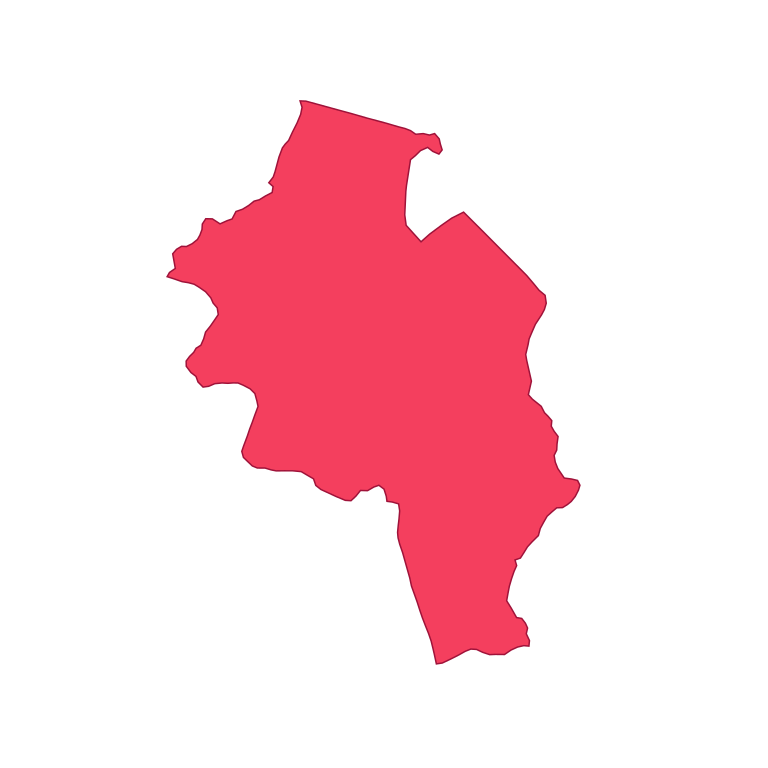 outline of Duque de Caxias, Rio de Janeiro, Brazil, rotated 341°
{"feature_id": "56859067B40218496902561", "entity_name": "Duque de Caxias", "entity_type": "district", "adm_level": 2, "iso_a3": "BRA", "parent_name": "Brazil", "parent_adm1": "Rio de Janeiro", "projection": "mercator", "projection_center": [-43.309, -22.642], "detail": "fine", "context": "isolated", "style": "filled", "palette": "rose", "viewbox_px": 768, "rotation_deg": 341, "n_neighbors": 0, "source": "geoboundaries", "source_scale": "gbopen_adm2", "svg_char_len": 2988}
<svg xmlns="http://www.w3.org/2000/svg" viewBox="0 0 768 768"><g transform="rotate(341 384 384)"><path d="M344.2,583.9L344.4,600.8L344.2,610.0L344.2,618.0L344.5,626.3L344.9,634.4L344.9,642.4L344.2,650.0L343.6,655.7L342.4,665.7L348.3,666.8L358.0,665.7L366.6,664.5L373.8,663.2L379.8,662.9L385.1,665.1L389.9,669.8L395.8,674.3L401.2,675.9L409.9,679.0L417.5,676.9L424.7,676.2L431.0,676.9L435.7,679.0L438.0,674.0L437.2,666.5L440.3,661.5L439.8,656.2L437.9,650.5L433.3,648.0L431.3,637.2L429.4,628.9L433.3,621.9L436.7,616.0L441.3,609.5L445.9,603.6L450.3,598.9L450.6,593.0L456.3,593.0L461.5,588.9L466.6,584.7L472.7,581.4L480.6,577.6L484.7,571.5L489.8,566.8L495.2,562.1L501.1,559.6L507.0,557.3L512.6,559.0L518.5,557.6L522.8,556.0L528.2,552.6L533.3,547.7L536.3,543.5L535.6,538.2L530.4,534.9L523.8,531.6L520.8,520.5L520.5,513.6L521.6,506.9L525.8,502.7L528.1,497.0L531.5,490.3L529.5,484.2L528.4,478.4L530.7,473.3L528.6,467.9L526.4,463.4L525.4,456.3L519.3,446.6L517.0,441.1L524.3,429.3L526.6,408.3L527.6,402.2L533.1,393.6L535.9,388.6L540.0,384.0L546.6,376.8L555.5,369.9L559.9,365.8L563.7,360.5L565.2,352.6L561.1,345.8L558.1,337.7L554.3,328.0L551.1,321.3L547.1,313.1L528.4,274.4L515.2,247.4L502.1,249.2L489.9,252.7L476.1,257.1L465.3,261.6L456.6,241.2L458.7,230.8L467.4,208.9L469.9,203.6L482.1,180.5L488.0,178.3L494.5,175.2L502.3,174.5L505.9,180.0L510.8,184.5L515.2,181.6L515.4,175.5L516.0,170.2L513.4,163.7L508.0,163.4L502.6,160.0L495.3,158.2L491.6,153.1L487.1,149.3L481.2,145.4L471.5,138.5L454.3,126.9L440.8,117.4L431.5,111.1L402.2,91.1L396.8,89.0L396.6,95.7L393.0,101.9L386.8,108.9L379.5,116.0L373.1,122.7L368.7,125.0L364.8,127.7L358.6,135.2L350.1,147.8L346.7,152.2L340.6,156.2L343.4,161.2L340.6,166.5L333.2,167.6L326.1,169.2L320.7,168.8L314.3,171.1L307.1,172.7L300.2,172.7L294.1,178.5L288.8,178.5L281.1,179.2L275.5,172.0L269.3,169.7L264.3,173.6L262.2,178.7L258.4,183.3L254.7,186.6L248.3,188.9L242.0,189.7L237.4,187.9L231.7,189.1L226.6,192.1L224.3,206.8L217.5,208.7L213.9,211.9L219.8,216.3L226.4,221.5L232.0,224.5L236.9,227.8L240.2,231.7L245.3,238.6L248.3,246.1L248.8,252.0L251.1,257.7L249.9,264.4L245.1,268.0L238.7,272.7L232.2,276.8L228.2,282.6L223.5,287.7L218.0,289.0L214.4,292.1L209.2,294.6L204.4,297.9L202.8,302.9L205.2,310.3L208.7,315.6L208.8,321.6L211.9,328.0L217.5,329.1L224.1,328.6L231.2,330.3L236.6,332.5L241.5,333.8L246.3,335.5L250.6,339.4L255.8,344.9L258.8,351.0L258.3,358.7L257.6,364.2L251.6,371.5L247.0,377.3L242.3,382.9L238.1,388.4L234.3,393.0L231.0,397.0L227.6,401.4L227.2,407.7L229.9,413.0L232.8,418.6L236.9,422.2L244.1,424.7L249.4,428.5L253.7,431.0L261.2,433.5L269.3,436.3L277.2,439.9L281.9,445.4L286.5,450.7L286.5,457.7L290.0,463.2L294.8,467.8L302.1,474.8L309.5,481.4L314.8,483.6L320.9,480.9L327.1,477.0L333.7,479.5L340.9,478.1L346.2,478.1L349.8,483.4L349.6,490.8L348.6,495.9L353.4,498.3L358.8,502.1L357.5,509.1L354.2,516.6L351.4,522.4L348.5,528.8L347.2,534.1L346.7,540.5L346.7,549.6L346.0,561.5L345.2,575.9L344.2,583.9Z" fill="#f43f5e" stroke="#9f1239" stroke-width="1.5"/></g></svg>